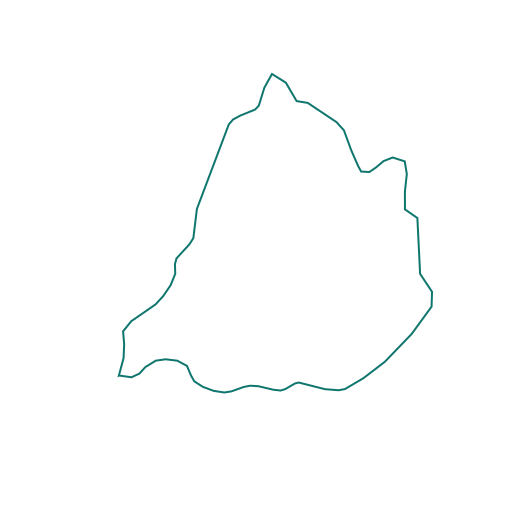 map outline of Cavite (orthographic projection), rotated 335°
{"feature_id": "PHL-2563", "entity_name": "Cavite", "entity_type": "Province", "adm_level": 1, "iso_a3": "PHL", "parent_name": "Philippines", "parent_adm1": "", "projection": "orthographic", "projection_center": [120.835, 14.286], "detail": "fine", "context": "isolated", "style": "outline", "palette": "teal", "viewbox_px": 512, "rotation_deg": 335, "n_neighbors": 0, "source": "natural_earth", "source_scale": "10m", "svg_char_len": 1011}
<svg xmlns="http://www.w3.org/2000/svg" viewBox="0 0 512 512"><g transform="rotate(335 256 256)"><path d="M81.2,306.4L92.8,292.6L99.2,280.3L103.7,268.1L115.3,262.4L144.6,257.4L155.0,253.1L166.4,246.3L175.3,238.0L179.1,229.1L182.9,224.6L200.7,217.2L206.8,213.3L222.3,188.4L286.9,125.3L292.9,122.6L301.2,122.1L317.1,122.9L322.1,120.9L334.7,107.0L347.4,97.8L356.3,111.5L358.3,132.8L367.6,139.1L385.6,168.8L386.5,171.9L388.8,179.2L387.0,200.5L386.6,217.7L387.0,223.9L394.2,227.8L402.5,226.4L411.7,223.9L421.5,224.5L430.8,233.1L427.3,245.5L418.2,260.5L410.7,276.7L418.3,289.8L397.2,341.5L400.4,362.9L393.7,376.1L364.2,392.4L328.1,406.3L301.9,412.1L280.4,414.2L274.2,412.6L262.3,405.9L241.2,388.7L237.4,388.0L226.3,389.0L221.4,388.3L215.3,384.6L203.1,375.0L195.9,371.1L189.6,369.5L176.5,368.3L169.6,366.3L160.7,360.4L152.5,352.1L147.1,343.5L146.6,336.8L147.0,326.4L140.4,317.6L130.4,311.4L120.9,308.5L108.8,309.9L100.7,313.3L91.9,313.3L81.3,306.4L81.2,306.4Z" fill="none" stroke="#0f766e" stroke-width="2"/></g></svg>